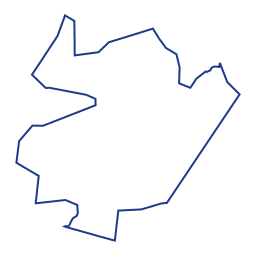 Piracuruca, Piauí, Brazil
{"feature_id": "56859067B11814342794518", "entity_name": "Piracuruca", "entity_type": "district", "adm_level": 2, "iso_a3": "BRA", "parent_name": "Brazil", "parent_adm1": "Piauí", "projection": "robinson", "projection_center": [-41.675, -3.854], "detail": "fine", "context": "isolated", "style": "outline", "palette": "blue", "viewbox_px": 256, "rotation_deg": 0, "n_neighbors": 0, "source": "geoboundaries", "source_scale": "gbopen_adm2", "svg_char_len": 1248}
<svg xmlns="http://www.w3.org/2000/svg" viewBox="0 0 256 256"><path d="M35.7,202.0L35.8,203.3L65.4,200.0L77.3,205.0L77.5,209.5L77.9,212.6L77.4,214.2L76.6,216.0L74.8,217.0L73.0,218.2L72.1,219.5L71.2,221.3L70.1,223.5L69.3,225.3L68.4,226.1L67.2,226.5L65.6,226.0L64.6,226.5L73.6,229.2L74.6,229.4L99.4,236.4L114.8,240.6L115.1,238.5L118.3,210.6L141.4,209.4L161.2,203.5L165.6,203.0L166.8,203.0L178.8,185.1L208.8,140.3L239.6,94.4L227.3,82.1L219.8,62.9L219.4,66.9L215.4,66.5L213.0,66.9L211.4,68.1L210.8,69.3L210.2,70.4L208.5,71.1L207.0,71.9L205.7,71.5L196.5,78.5L192.8,84.1L190.3,87.8L179.1,83.3L179.4,73.3L179.6,67.4L176.4,54.2L173.5,52.5L169.4,50.0L167.3,48.8L165.9,47.9L159.1,38.6L152.9,28.6L126.3,36.9L108.8,42.3L99.9,50.9L98.6,52.2L74.7,55.4L74.6,39.3L74.3,20.9L65.0,15.4L64.3,17.5L57.5,36.0L54.2,41.0L44.4,55.9L41.7,60.1L32.7,73.6L32.0,74.7L45.4,87.7L46.6,88.0L49.0,87.7L50.5,88.0L53.3,88.5L76.3,92.9L86.2,94.8L95.5,98.9L95.5,103.4L95.6,105.2L42.9,125.8L38.0,125.7L32.4,125.7L24.6,134.7L19.1,141.2L16.4,162.7L22.2,166.2L38.7,175.9L38.6,177.3L38.4,178.6L38.1,181.4L38.0,182.9L37.7,184.9L37.6,186.0L37.5,187.3L37.3,188.5L37.1,190.1L37.0,191.7L36.8,193.6L36.5,195.9L36.3,197.8L36.2,199.0L35.7,202.0Z" fill="none" stroke="#1e3a8a" stroke-width="2"/></svg>